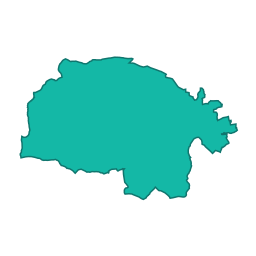 Ciofrangeni, Arges, Romania, rotated 177°
{"feature_id": "2599482B54704009633873", "entity_name": "Ciofrangeni", "entity_type": "district", "adm_level": 2, "iso_a3": "ROU", "parent_name": "Romania", "parent_adm1": "Arges", "projection": "robinson", "projection_center": [24.531, 45.102], "detail": "fine", "context": "isolated", "style": "filled", "palette": "teal", "viewbox_px": 256, "rotation_deg": 177, "n_neighbors": 0, "source": "geoboundaries", "source_scale": "gbopen_adm2", "svg_char_len": 5749}
<svg xmlns="http://www.w3.org/2000/svg" viewBox="0 0 256 256"><g transform="rotate(177 128 128)"><path d="M186.8,200.3L189.0,199.3L189.8,198.7L191.3,196.8L192.8,195.4L192.9,195.0L193.6,193.7L194.3,191.1L194.4,190.4L194.5,189.6L194.2,189.3L193.8,188.1L192.4,186.5L191.7,185.3L191.3,183.1L191.3,182.1L193.1,181.7L194.5,181.1L195.9,180.0L196.6,179.2L198.3,179.1L198.8,179.9L199.4,180.0L201.9,180.9L203.8,180.4L206.6,179.0L206.8,178.6L207.3,178.4L208.3,176.1L209.2,175.6L209.8,175.4L210.6,174.8L211.7,172.9L211.9,172.2L213.1,170.7L213.8,170.2L218.5,168.3L220.2,168.4L220.4,168.0L220.4,167.3L220.4,166.5L220.2,166.1L220.3,163.6L220.1,163.5L220.8,162.9L220.7,162.3L220.9,162.0L221.6,161.8L222.3,161.4L222.6,160.9L222.6,160.6L222.9,160.3L223.8,160.2L224.9,159.1L225.4,158.9L226.0,158.1L226.3,158.0L226.7,157.6L226.7,156.8L227.1,155.9L227.1,155.2L227.0,154.2L227.3,153.8L226.9,153.3L226.8,152.4L227.1,151.9L227.0,150.4L227.1,149.8L227.3,149.5L227.6,148.3L227.4,147.8L227.7,146.5L227.3,144.9L226.8,143.7L226.8,143.4L227.0,143.1L226.9,141.7L227.1,141.1L227.1,140.6L226.9,137.7L226.7,137.0L226.6,135.5L226.6,134.3L226.1,131.1L226.4,130.2L226.8,129.5L227.2,127.3L227.8,126.1L228.6,125.3L230.3,124.2L232.7,124.1L233.8,124.9L234.5,125.2L234.5,124.2L234.8,123.4L234.8,122.5L235.1,121.7L234.6,118.7L234.7,113.3L235.7,110.9L235.7,109.4L236.9,107.9L237.0,106.6L236.6,106.0L236.4,103.8L231.6,104.6L228.8,104.7L226.0,104.5L222.5,103.6L219.7,102.6L217.5,102.2L215.4,100.5L214.2,100.3L213.9,100.1L212.4,100.2L210.0,99.9L205.8,100.2L204.1,100.1L201.9,100.4L200.7,99.5L200.4,99.5L199.3,98.9L198.3,97.2L198.1,96.4L197.8,95.8L197.2,95.2L196.7,94.1L194.9,93.6L192.2,92.3L192.0,91.9L191.1,90.9L190.7,91.0L189.5,90.5L188.6,90.4L186.6,89.2L185.0,87.9L184.0,86.6L183.1,85.6L181.2,87.5L179.7,88.9L176.9,89.3L173.0,87.2L171.4,86.1L170.0,86.2L168.6,85.9L168.0,85.9L166.2,86.4L163.9,86.1L161.7,86.1L160.7,85.9L159.9,85.9L158.7,85.4L158.2,85.1L157.9,84.8L157.1,84.6L155.8,84.5L154.9,83.6L154.2,83.5L151.6,84.3L150.8,84.8L150.0,84.1L149.6,84.3L149.6,85.0L149.3,85.4L149.4,86.0L149.2,86.3L147.4,87.2L146.4,87.6L141.7,87.7L141.0,86.2L140.3,85.6L139.6,85.9L139.1,86.3L136.8,87.0L136.1,86.9L135.8,87.4L135.4,87.7L134.9,87.6L134.5,87.4L133.8,87.4L134.9,85.9L134.9,81.9L134.1,74.1L133.5,73.2L132.5,72.0L132.1,71.2L131.5,70.7L131.0,69.4L131.1,68.7L132.1,68.3L133.5,68.1L134.2,67.4L134.9,66.2L135.0,64.3L135.0,63.4L134.4,62.2L130.6,62.3L127.6,61.9L126.4,61.2L120.5,58.5L119.0,57.3L117.9,56.6L116.4,55.9L113.4,57.4L113.3,58.0L112.0,59.3L111.2,59.7L111.0,60.2L109.9,60.9L109.2,62.4L105.0,66.0L103.8,67.5L100.6,64.0L99.5,63.7L98.4,63.6L94.4,61.3L91.9,59.0L90.8,57.8L90.1,57.0L89.9,56.0L89.6,55.7L86.8,56.0L81.5,57.0L80.2,56.9L76.6,56.2L75.6,56.2L74.6,56.5L73.9,57.0L73.5,57.6L73.2,58.1L73.3,59.7L73.1,60.7L72.4,61.7L69.9,64.5L70.0,66.1L69.6,67.1L69.8,68.8L70.2,69.4L71.6,71.1L72.3,72.8L72.1,73.2L71.2,73.9L70.9,74.3L70.9,74.7L71.5,76.2L71.5,76.7L71.4,77.2L70.8,78.5L69.5,79.8L69.3,80.6L68.2,82.2L67.9,83.3L66.5,86.9L66.9,88.0L66.9,88.8L66.7,89.3L66.8,90.8L67.0,91.7L67.4,92.4L67.7,94.1L68.0,94.7L67.3,95.1L67.0,95.3L68.2,96.9L68.5,98.2L69.1,99.8L69.0,102.8L68.2,105.5L67.9,106.1L67.4,106.3L66.8,107.1L66.7,108.1L66.4,108.9L62.9,113.6L61.8,114.2L60.0,114.9L59.3,115.0L57.9,115.0L57.7,114.9L56.9,114.1L55.4,112.4L55.2,112.1L54.8,110.2L54.9,108.0L54.6,107.7L54.1,107.6L52.4,106.6L52.0,105.7L51.7,105.3L47.1,100.7L44.9,98.2L42.6,100.2L42.4,100.6L41.8,101.0L38.1,99.6L37.1,99.0L36.8,100.0L35.8,101.9L35.9,102.4L35.0,103.8L34.6,103.5L32.2,105.0L30.4,106.7L29.5,106.8L28.1,107.5L28.1,108.5L29.9,111.6L30.4,113.1L30.3,113.4L29.7,113.7L29.5,114.0L29.8,115.4L29.7,116.0L29.6,116.4L31.5,116.7L32.9,116.5L33.4,116.6L34.4,116.5L34.7,116.7L34.8,117.2L34.6,117.3L34.0,117.1L33.7,117.2L33.2,117.5L32.3,118.3L31.7,117.9L31.2,117.7L27.9,118.1L27.2,117.9L26.5,117.4L25.2,117.3L23.7,117.8L22.4,118.0L21.6,118.5L20.2,119.1L19.0,120.1L19.4,121.1L19.6,122.6L20.3,122.5L20.3,123.3L20.0,126.3L25.4,125.8L25.8,128.6L24.7,128.7L24.8,130.2L26.0,130.0L26.3,129.9L26.6,130.0L27.1,132.8L27.1,133.4L27.2,134.2L28.7,133.8L32.5,133.3L34.7,132.2L38.0,130.8L38.1,131.9L38.5,131.9L38.5,134.0L38.6,134.4L38.6,134.7L38.2,135.6L38.1,137.2L38.3,138.0L38.7,138.4L38.9,139.0L39.6,139.0L39.9,139.3L41.4,139.3L41.7,139.5L41.5,141.9L39.0,142.3L38.7,142.5L37.9,143.4L37.1,143.7L36.0,144.0L35.0,144.0L33.2,144.4L33.0,145.3L32.8,146.4L33.6,146.1L33.6,147.0L34.3,148.3L36.3,150.1L36.5,150.5L37.8,150.6L41.3,150.6L43.2,150.7L44.0,150.9L44.3,150.5L45.5,149.8L46.2,149.0L46.8,147.9L47.2,148.1L49.1,148.3L52.3,147.6L52.4,150.4L52.1,152.2L52.5,153.1L52.6,153.3L52.0,153.8L50.6,154.3L50.0,154.6L49.7,154.9L49.7,155.4L49.8,156.1L49.4,157.2L50.2,158.3L50.3,159.4L50.5,159.8L50.3,160.5L50.7,161.4L50.7,162.3L52.1,163.9L53.6,164.0L53.8,161.7L54.0,161.2L56.1,159.1L56.6,157.6L56.4,156.5L56.5,155.3L56.8,154.6L58.1,152.7L60.0,152.3L61.5,154.7L61.4,155.5L64.5,156.9L65.1,157.4L65.2,160.1L68.5,160.9L68.4,163.7L70.6,163.3L75.5,166.1L76.3,167.1L79.6,172.4L80.9,174.4L81.3,174.8L83.8,175.7L84.7,175.8L85.7,176.1L86.4,176.4L86.8,176.3L87.7,176.8L87.8,178.7L87.0,179.5L87.2,179.8L92.2,182.8L93.0,183.0L96.6,184.6L102.4,187.0L105.5,188.8L108.4,188.2L109.6,188.1L112.9,189.2L117.7,191.8L118.8,192.3L119.4,192.4L119.9,192.6L121.6,192.6L122.2,192.8L123.5,192.9L121.8,194.4L120.7,195.2L119.5,196.7L120.5,197.3L124.3,197.3L127.8,197.9L128.9,198.3L130.9,198.6L133.0,199.0L137.8,199.4L141.8,198.8L143.3,198.8L150.2,198.0L151.3,197.4L155.8,197.6L157.3,197.9L159.5,198.0L160.3,197.6L160.5,197.1L161.2,196.8L162.9,196.3L163.3,195.8L165.6,194.5L166.4,194.3L168.1,194.4L168.6,194.6L169.2,194.6L169.9,194.9L170.6,195.5L173.3,196.2L176.6,197.5L177.7,197.4L180.6,197.6L181.5,197.3L182.3,197.6L184.4,199.1L186.8,200.3Z" fill="#14b8a6" stroke="#0f766e" stroke-width="1.5"/></g></svg>